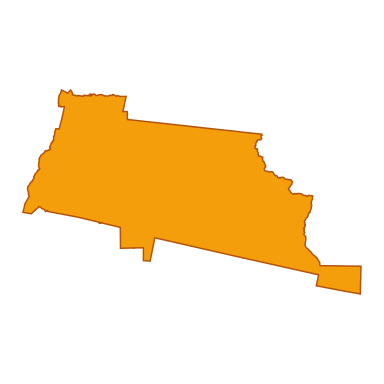 Río Seco, Córdoba, Argentina
{"feature_id": "61730980B71498262551365", "entity_name": "Río Seco", "entity_type": "district", "adm_level": 2, "iso_a3": "ARG", "parent_name": "Argentina", "parent_adm1": "Córdoba", "projection": "natural_earth1", "projection_center": [-63.26, -30.047], "detail": "fine", "context": "isolated", "style": "filled", "palette": "amber", "viewbox_px": 384, "rotation_deg": 0, "n_neighbors": 0, "source": "geoboundaries", "source_scale": "gbopen_adm2", "svg_char_len": 5780}
<svg xmlns="http://www.w3.org/2000/svg" viewBox="0 0 384 384"><path d="M70.6,90.0L68.2,92.7L67.8,93.2L61.5,90.0L61.0,92.2L60.3,93.7L59.0,95.8L58.9,96.4L58.9,97.3L58.6,98.5L58.4,103.5L58.6,103.5L58.8,106.3L60.6,106.2L60.5,106.8L64.4,106.7L62.9,114.0L61.6,119.6L59.1,129.0L56.0,128.7L54.9,131.3L54.4,136.0L53.7,136.2L53.5,140.7L52.9,140.8L52.6,141.0L52.6,141.8L52.5,142.2L52.4,142.4L51.7,142.5L51.1,143.3L51.0,143.6L51.0,144.4L50.9,144.7L50.5,145.2L49.8,146.4L49.9,147.1L50.3,147.4L50.3,147.6L50.0,148.0L50.0,148.3L49.7,148.9L50.1,149.4L49.3,150.0L48.9,150.0L48.6,149.9L48.2,150.0L47.6,150.6L46.7,150.9L46.0,150.5L45.5,150.7L45.1,151.0L44.8,151.7L44.6,151.8L44.4,152.1L44.4,152.7L42.6,153.9L41.8,154.8L41.0,155.3L40.0,157.3L39.7,157.4L39.1,159.1L39.3,160.6L38.8,162.5L38.8,163.8L38.6,164.7L38.6,166.0L38.8,166.8L39.0,167.3L39.7,168.4L39.2,168.8L39.4,169.3L39.1,169.7L38.4,170.0L38.2,170.4L37.7,170.3L37.0,171.9L35.9,173.3L35.8,173.6L35.3,173.7L35.0,174.4L35.0,174.7L34.8,174.9L34.3,175.8L33.8,176.4L33.6,176.9L33.9,177.8L33.9,178.3L32.6,180.2L31.9,181.3L31.9,181.8L31.5,182.2L30.7,182.3L30.3,183.2L29.7,183.8L29.5,184.5L29.0,185.5L28.6,185.7L27.7,187.0L27.7,188.2L27.5,189.0L28.1,191.6L28.6,192.7L28.4,193.7L28.7,195.3L29.4,196.2L25.1,203.4L23.0,212.3L31.1,213.8L38.8,207.0L38.8,206.8L40.7,207.3L41.6,208.4L42.5,208.9L43.4,209.1L44.5,209.7L44.9,210.2L45.1,210.9L45.4,211.4L45.5,211.3L45.7,210.9L46.1,211.1L46.4,210.9L46.9,211.4L47.1,211.3L47.3,210.6L47.6,210.6L48.5,211.6L78.1,217.2L99.3,222.3L99.3,223.3L100.7,223.2L100.8,222.7L120.3,227.4L120.5,248.3L133.6,247.9L133.6,248.2L134.1,248.2L134.6,247.9L143.4,247.8L143.4,260.6L150.1,261.1L154.8,237.8L233.7,255.8L318.6,274.8L316.3,285.8L341.5,290.6L360.3,294.0L361.0,266.2L320.1,265.7L319.8,264.8L319.8,263.9L319.7,262.9L319.3,261.8L318.5,260.7L317.1,258.2L316.1,257.2L315.4,256.9L314.9,255.9L313.5,255.1L312.6,254.3L312.2,253.8L311.3,252.4L311.0,252.0L310.1,251.5L309.5,250.9L309.0,250.0L308.0,249.2L307.4,248.3L306.7,248.1L305.9,247.4L305.0,245.1L305.1,243.3L305.6,241.0L305.8,239.2L305.8,238.7L305.6,238.0L305.8,237.3L305.5,236.2L304.6,235.5L304.2,235.0L303.9,234.5L303.9,233.7L304.0,233.5L304.4,233.3L304.8,232.6L304.4,232.0L303.8,230.7L304.4,230.1L304.4,229.7L303.9,229.2L303.5,228.2L303.5,227.9L304.0,227.9L304.4,228.1L304.6,227.9L304.6,227.2L304.9,226.3L304.7,226.0L304.7,225.6L305.3,225.6L305.3,224.7L304.7,223.5L304.7,223.2L304.8,223.1L304.9,222.5L304.4,222.1L304.4,221.6L304.5,221.2L305.3,220.0L306.2,218.3L306.3,217.8L307.4,217.3L307.7,216.7L308.7,213.0L309.8,212.8L309.9,212.3L309.9,211.8L310.4,211.0L310.4,210.3L311.1,208.9L311.3,207.2L311.4,206.0L311.7,205.6L311.7,205.2L311.5,204.2L311.1,203.7L311.0,203.4L311.3,202.8L311.3,201.8L311.8,200.7L312.0,200.0L312.3,199.3L312.7,195.9L308.8,195.4L308.4,195.5L307.6,196.0L307.4,196.3L307.3,196.0L307.0,195.9L306.6,196.1L305.8,195.8L305.5,195.4L304.2,195.5L303.6,195.2L302.7,195.1L302.1,194.6L301.9,194.0L301.2,193.7L300.1,193.7L299.1,193.4L296.7,193.7L296.7,193.9L295.2,193.8L294.9,194.0L294.4,193.5L294.0,193.9L293.5,194.0L292.4,194.0L291.8,193.3L290.7,192.4L290.5,191.6L290.4,191.3L289.4,190.5L289.2,190.0L289.0,189.9L289.0,189.6L288.5,189.2L288.5,188.7L289.3,187.6L289.4,187.2L290.2,186.5L290.4,185.9L290.6,185.6L291.6,184.6L291.6,184.2L291.8,183.9L292.1,182.6L292.5,182.0L291.0,180.0L290.7,179.8L290.1,179.7L289.9,179.9L289.5,179.9L288.7,179.5L288.3,179.7L288.0,179.5L287.4,179.5L287.1,179.2L286.6,179.2L285.9,179.4L285.1,179.2L284.7,178.3L284.1,178.2L283.8,177.6L283.4,177.4L282.5,177.3L282.0,177.5L280.9,177.4L280.1,178.0L279.7,178.1L279.2,177.7L278.8,177.9L278.4,177.9L278.1,177.7L277.9,177.5L277.7,177.4L277.4,177.0L277.3,176.4L277.0,176.1L276.6,175.8L275.9,175.8L275.3,175.6L274.5,175.0L274.2,174.2L273.8,173.7L273.1,172.5L272.7,172.1L272.3,171.8L270.6,171.7L268.7,172.0L268.5,171.7L266.6,171.1L266.1,171.4L265.7,171.2L265.2,170.9L264.5,170.3L264.4,170.2L264.3,169.5L264.4,168.5L264.7,168.0L264.9,167.9L265.3,167.4L265.3,166.7L265.7,166.6L265.7,165.9L265.5,165.7L265.4,165.0L264.5,163.6L264.5,162.8L264.4,162.4L263.7,161.7L263.0,161.2L262.9,160.8L262.9,160.4L262.7,160.2L262.7,159.7L262.5,159.2L262.6,158.9L262.6,158.1L262.7,157.6L262.7,157.2L262.0,157.3L261.5,156.8L260.5,156.5L260.2,156.0L259.2,156.3L258.6,156.2L258.6,155.7L258.0,154.0L258.1,153.4L258.0,153.2L258.2,152.6L258.1,152.2L257.8,152.0L257.2,151.3L257.3,150.8L257.5,150.3L257.3,149.7L257.6,149.4L257.6,149.2L256.6,148.7L256.2,148.9L255.9,148.6L255.2,148.4L255.0,148.0L255.1,147.0L254.8,146.6L255.3,146.0L255.4,145.5L255.7,145.3L255.9,145.2L255.7,144.7L255.7,143.4L256.3,142.5L257.1,141.7L257.0,141.1L256.8,140.8L257.7,140.2L258.0,139.7L258.4,139.7L258.9,139.7L259.3,139.9L259.9,139.9L260.6,139.4L260.9,139.4L261.0,139.5L261.2,139.2L261.6,138.7L261.5,138.4L261.6,138.1L261.3,137.5L261.0,136.2L261.4,135.5L262.0,135.2L261.4,134.8L261.2,134.4L261.4,134.2L127.4,119.5L127.3,111.6L122.9,111.6L126.1,96.4L119.5,96.4L118.4,95.8L117.4,95.8L117.0,95.7L116.7,96.2L116.2,96.2L115.6,96.0L114.7,95.3L114.2,95.2L113.7,94.7L112.7,94.5L112.4,94.7L112.1,95.4L111.3,95.5L110.6,95.2L110.2,95.2L109.7,95.5L107.9,96.1L105.5,95.9L104.8,96.2L104.0,95.6L103.2,95.4L102.7,95.0L101.4,94.6L100.4,94.8L100.0,94.7L99.1,94.8L98.2,95.1L98.0,95.3L97.2,95.5L97.1,95.4L95.9,95.4L95.4,94.8L94.7,94.4L93.1,94.0L92.7,94.2L92.3,95.0L91.9,95.4L91.8,94.9L91.5,94.4L91.0,94.3L90.9,94.1L90.7,94.1L90.5,94.6L90.2,95.1L90.3,95.6L90.1,95.9L89.7,95.7L89.2,94.8L89.0,95.4L88.5,95.5L88.3,95.7L87.9,95.8L87.4,95.6L87.0,95.7L86.8,95.5L86.6,95.7L86.3,95.7L85.8,95.4L84.1,95.3L83.9,95.7L83.5,95.7L83.7,96.2L83.2,96.4L81.9,96.1L81.2,96.2L80.8,95.9L80.1,95.7L79.3,95.8L78.9,95.8L78.6,95.5L78.1,95.6L77.6,95.6L77.1,95.9L76.7,95.9L75.7,95.7L75.4,95.3L72.9,95.0L72.6,94.4L72.6,93.7L72.2,92.6L70.6,90.0Z" fill="#f59e0b" stroke="#b45309" stroke-width="1.5"/></svg>